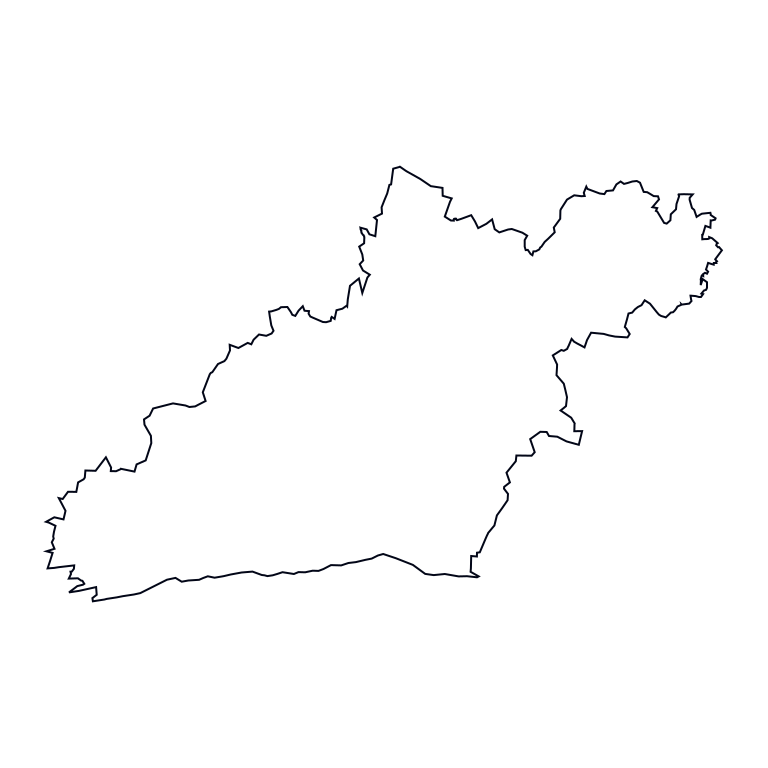 Central Karoo, Western Cape, South Africa (Equal Earth projection)
{"feature_id": "47623444B66747201173997", "entity_name": "Central Karoo", "entity_type": "district", "adm_level": 2, "iso_a3": "ZAF", "parent_name": "South Africa", "parent_adm1": "Western Cape", "projection": "equal_earth", "projection_center": [22.176, -32.556], "detail": "fine", "context": "isolated", "style": "outline", "palette": "ink", "viewbox_px": 768, "rotation_deg": 0, "n_neighbors": 0, "source": "geoboundaries", "source_scale": "gbopen_adm2", "svg_char_len": 6020}
<svg xmlns="http://www.w3.org/2000/svg" viewBox="0 0 768 768"><path d="M710.4,212.8L701.9,213.7L700.4,214.5L696.9,216.7L696.6,216.9L694.2,209.9L692.0,208.0L689.6,199.7L689.7,197.8L692.7,194.4L683.6,194.2L678.6,194.4L678.5,194.6L679.1,196.2L679.1,196.3L676.5,204.0L676.0,209.3L670.8,214.3L670.4,220.3L666.7,223.6L664.1,222.9L657.3,211.6L655.9,210.9L657.2,208.1L652.4,207.2L659.0,199.4L658.0,196.3L653.7,196.1L650.6,194.2L647.2,192.2L643.7,191.9L640.0,182.7L636.8,181.0L632.3,181.5L627.6,183.0L624.0,183.9L620.6,181.5L616.4,184.4L613.0,190.4L606.4,191.0L604.4,194.1L599.7,193.5L587.4,188.9L586.3,186.6L583.8,192.8L584.7,196.0L581.3,196.2L574.2,195.3L567.0,199.6L560.8,209.3L560.4,210.5L560.2,218.8L554.8,226.2L553.8,227.5L554.7,232.3L548.1,238.8L544.7,241.9L541.4,246.7L540.2,247.5L539.3,249.4L535.8,251.3L533.4,251.4L532.4,255.2L530.6,254.0L527.8,249.9L525.7,250.1L524.7,246.7L524.7,240.1L527.2,235.7L522.4,232.7L517.0,230.8L511.8,229.0L508.1,229.5L499.3,232.4L494.7,229.2L492.1,219.4L486.4,223.8L478.2,228.1L475.0,221.5L471.2,215.2L461.4,218.8L457.1,220.2L456.9,220.2L456.4,219.7L456.3,219.4L456.2,218.8L456.1,218.7L455.9,218.6L455.5,219.0L455.3,219.0L454.8,218.8L454.4,218.7L454.0,218.9L453.9,219.0L453.7,219.8L453.8,220.6L450.9,220.5L444.8,216.6L447.6,208.6L450.0,201.8L451.7,198.4L442.7,195.8L442.5,187.9L431.9,186.3L430.9,186.2L420.3,179.0L407.1,171.6L405.8,170.8L399.9,166.7L399.3,167.0L393.2,168.7L391.1,184.4L389.4,184.9L387.2,193.5L384.4,200.2L381.6,207.3L382.0,213.6L374.2,217.5L377.0,220.0L375.3,236.2L369.4,234.3L366.7,229.4L360.5,227.7L360.6,228.0L360.5,228.6L360.5,228.8L360.6,229.3L360.7,229.6L361.0,230.4L361.1,230.7L361.2,230.8L361.2,230.7L361.3,230.6L361.4,230.8L361.4,231.2L361.3,231.5L361.3,231.9L361.4,232.4L361.7,232.9L361.7,233.1L361.9,233.2L362.1,233.4L362.2,233.8L362.5,234.2L362.7,234.5L362.8,234.7L363.1,235.0L363.6,235.2L363.8,235.8L364.0,236.1L364.2,236.3L364.1,236.8L364.3,237.5L364.4,237.9L364.3,238.1L364.1,243.3L359.2,246.6L362.3,254.5L363.2,260.5L359.7,264.2L363.0,270.5L369.8,274.7L367.4,277.5L362.3,293.0L358.9,278.5L350.0,285.8L347.8,299.3L347.2,306.4L346.6,305.7L342.4,308.7L336.5,310.2L334.6,318.9L331.7,316.9L331.2,317.7L330.7,320.9L326.1,322.2L322.9,322.0L312.7,317.6L310.3,316.5L308.6,313.7L309.0,311.1L305.1,310.8L304.5,310.7L302.8,306.2L300.7,308.4L298.6,310.6L297.4,312.5L295.3,315.9L292.3,314.8L290.9,312.1L287.4,307.0L281.0,307.2L278.9,308.9L276.3,309.9L271.3,311.4L269.1,311.6L269.8,316.5L271.3,325.4L273.5,330.8L271.6,333.5L266.3,335.8L262.9,335.2L259.0,334.5L253.6,339.7L251.3,344.3L247.7,342.9L238.4,348.0L229.7,344.8L230.0,350.4L226.4,358.7L224.4,361.1L218.0,364.0L212.3,372.2L210.8,372.9L209.8,374.2L202.8,392.3L205.6,401.0L198.2,404.8L195.2,406.4L189.4,407.0L185.5,405.5L173.0,403.4L153.1,408.5L149.6,415.7L144.0,419.4L144.5,424.7L146.8,428.7L150.9,435.8L151.3,443.1L145.7,460.4L136.6,464.4L134.5,471.6L120.9,468.8L120.8,469.1L116.1,471.2L110.8,471.1L111.1,467.5L105.9,457.3L95.6,470.8L85.4,470.5L84.8,477.6L83.6,479.3L78.1,482.4L77.0,488.3L76.3,491.9L71.3,491.8L68.0,491.8L62.7,499.0L58.8,498.1L65.5,510.8L64.8,513.9L63.5,519.4L54.3,517.3L46.1,521.8L48.8,522.6L55.5,525.8L54.0,531.7L53.2,536.5L53.7,538.6L51.8,542.3L54.5,548.8L46.5,551.3L52.6,552.9L50.1,560.9L47.6,568.4L54.2,567.9L58.6,567.2L74.2,565.4L73.9,568.8L71.8,571.6L70.5,571.7L71.0,574.0L68.8,578.6L77.9,578.3L81.0,580.5L82.4,580.8L84.3,583.8L83.0,584.7L77.3,586.1L69.0,592.4L78.9,590.9L96.1,587.1L96.7,594.8L92.4,598.1L92.9,601.3L104.5,599.5L106.7,598.9L116.6,597.4L122.7,596.2L133.9,594.5L140.3,593.1L167.0,579.7L175.5,577.9L181.7,581.7L188.3,580.5L199.1,579.8L203.2,578.0L207.8,576.3L214.6,577.7L222.3,576.4L223.9,576.1L230.7,574.5L241.6,572.5L252.5,571.6L261.8,575.0L264.5,575.3L267.4,576.1L272.7,575.3L277.4,573.9L282.5,572.2L293.9,574.0L298.5,572.1L305.1,572.3L312.7,570.7L318.5,570.9L323.5,569.0L331.0,565.1L341.2,565.4L348.4,563.0L355.9,562.1L365.6,559.8L371.7,558.6L377.9,555.5L383.2,554.0L395.8,558.2L412.9,564.9L425.2,573.9L433.7,575.1L444.8,574.0L458.6,576.4L467.0,576.2L477.0,577.3L478.7,576.4L470.6,571.8L470.9,568.3L471.2,556.0L476.9,556.5L477.0,552.7L479.8,552.3L485.7,538.4L487.2,535.0L487.5,534.6L488.2,532.9L489.9,530.9L492.1,528.2L494.4,525.5L496.9,515.4L502.1,508.2L507.6,500.2L508.0,493.9L504.0,488.7L504.2,486.8L509.9,482.4L506.5,472.7L515.8,461.2L516.4,455.5L531.6,455.7L534.7,452.2L530.2,439.1L540.3,431.8L546.7,432.0L549.0,436.0L557.3,436.7L566.5,441.4L578.8,444.8L582.1,431.1L574.3,431.2L574.4,429.0L574.5,424.4L574.7,423.5L571.8,418.7L571.2,417.7L560.6,410.5L564.0,407.8L566.0,406.1L567.0,397.2L565.3,389.8L563.8,383.7L556.5,375.2L557.0,367.5L557.1,364.5L552.8,355.4L561.3,350.0L563.8,350.8L567.2,348.9L567.8,347.4L568.6,345.9L571.6,338.9L574.3,341.9L575.0,342.2L577.2,343.5L581.0,345.5L584.5,347.4L586.0,343.1L587.0,340.1L591.1,332.7L600.5,333.6L603.7,333.9L609.0,335.4L615.1,336.6L627.5,337.4L629.7,334.0L626.2,328.3L624.8,327.0L627.0,319.3L627.8,316.2L628.5,313.5L632.2,312.6L634.9,309.4L637.9,307.0L641.5,305.2L644.7,300.3L650.0,303.7L656.9,312.3L658.9,314.6L660.8,315.8L661.2,316.0L664.0,316.8L664.7,317.0L665.8,317.4L669.9,313.5L670.7,312.6L673.1,312.2L674.7,310.6L676.1,308.8L677.5,306.5L681.5,304.7L681.4,304.3L681.7,304.6L689.2,303.6L691.5,301.0L691.1,299.5L690.5,295.7L691.2,295.7L695.8,296.1L699.0,297.0L701.0,297.0L703.1,294.1L701.4,293.6L704.0,290.5L706.1,289.8L707.0,287.8L707.0,282.2L702.7,279.1L700.7,285.1L700.9,280.8L700.7,279.3L701.6,275.9L701.9,275.4L702.9,275.7L703.2,275.9L703.1,274.1L703.7,273.7L705.0,272.8L707.0,273.7L708.1,271.7L706.0,269.5L707.1,266.3L708.1,262.9L713.7,264.7L713.8,263.0L716.3,263.0L716.0,262.1L717.0,261.3L716.1,260.3L715.3,259.5L715.2,259.3L721.9,250.3L720.2,248.4L719.1,247.1L718.1,247.3L716.2,245.3L716.7,243.8L717.7,243.1L716.8,242.3L712.2,238.3L711.0,237.8L709.2,237.1L709.3,238.4L707.9,239.0L704.4,239.1L702.3,239.3L702.2,234.8L702.8,234.7L705.4,225.9L709.1,227.2L710.4,227.7L710.7,220.4L711.6,220.5L715.0,219.7L715.4,218.9L715.6,218.3L710.7,215.0L710.7,214.2L710.4,212.8Z" fill="none" stroke="#020617" stroke-width="2"/></svg>